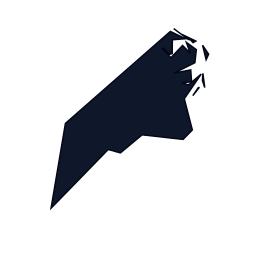 an SVG outline of North Carolina, rotated 318°
{"feature_id": "USA-3549", "entity_name": "North Carolina", "entity_type": "State", "adm_level": 1, "iso_a3": "USA", "parent_name": "United States of America", "parent_adm1": "", "projection": "equal_earth", "projection_center": [-78.085, 35.229], "detail": "coarse", "context": "isolated", "style": "filled", "palette": "ink", "viewbox_px": 256, "rotation_deg": 318, "n_neighbors": 0, "source": "natural_earth", "source_scale": "10m", "svg_char_len": 752}
<svg xmlns="http://www.w3.org/2000/svg" viewBox="0 0 256 256"><g transform="rotate(318 128 128)"><path d="M224.1,84.6L230.3,100.0L220.0,92.1L210.6,102.3L207.9,100.8L208.1,93.2L206.8,92.1L206.9,104.5L223.8,103.2L224.3,114.2L228.7,103.4L231.2,115.5L221.4,124.2L198.9,118.0L213.5,126.8L206.2,136.1L198.3,130.5L201.8,136.4L218.5,136.9L189.4,143.9L174.5,172.5L161.3,173.3L133.9,142.5L105.7,141.4L98.9,130.7L17.2,136.1L84.6,82.7L224.1,84.6ZM228.5,84.7L230.2,93.4L236.9,109.5L232.0,102.4L228.5,84.7ZM231.8,129.5L238.8,116.4L237.3,127.1L231.8,129.5ZM215.1,142.5L220.2,137.5L212.1,149.3L215.1,142.5ZM233.5,108.1L233.4,105.2L234.4,108.3L233.5,108.1ZM197.8,147.3L207.0,145.1L208.3,145.5L197.8,147.3Z" fill="#0f172a" stroke="#020617" stroke-width="1.5"/></g></svg>